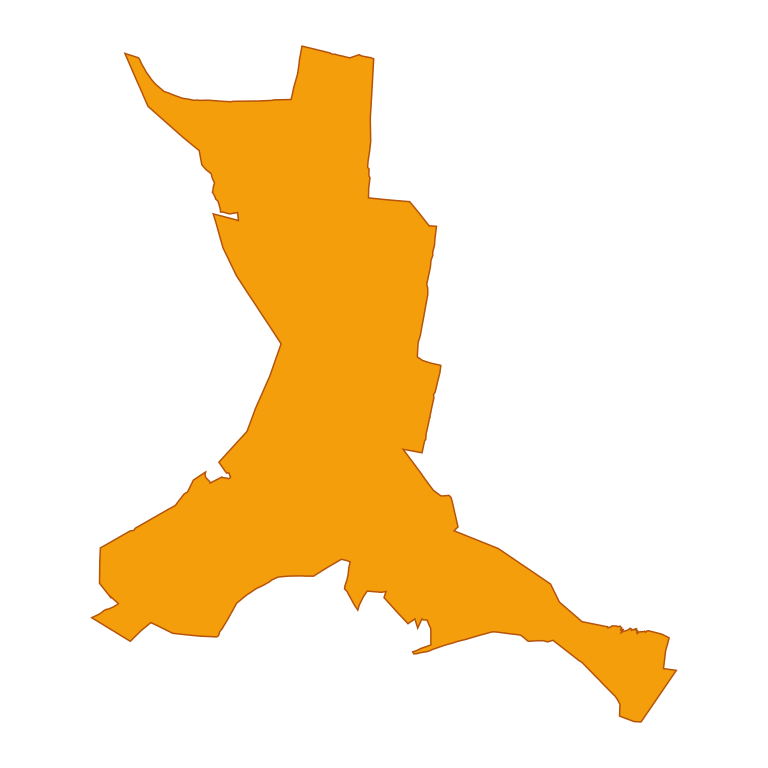 Pantepec, Chiapas, Mexico (orthographic projection)
{"feature_id": "50627088B73304631692388", "entity_name": "Pantepec", "entity_type": "district", "adm_level": 2, "iso_a3": "MEX", "parent_name": "Mexico", "parent_adm1": "Chiapas", "projection": "orthographic", "projection_center": [-93.053, 17.195], "detail": "fine", "context": "isolated", "style": "filled", "palette": "amber", "viewbox_px": 768, "rotation_deg": 0, "n_neighbors": 0, "source": "geoboundaries", "source_scale": "gbopen_adm2", "svg_char_len": 5709}
<svg xmlns="http://www.w3.org/2000/svg" viewBox="0 0 768 768"><path d="M100.4,547.9L99.8,561.2L99.5,583.3L110.4,597.1L110.4,596.5L118.4,603.6L117.3,604.6L116.5,605.1L116.0,605.3L113.4,606.9L112.8,607.2L109.2,608.7L108.5,609.0L107.6,609.2L106.6,609.3L104.4,610.3L99.7,613.9L91.7,617.7L113.3,630.9L130.3,641.3L141.1,630.6L146.4,626.3L150.0,623.3L150.8,622.6L158.3,626.1L172.7,633.3L186.5,634.8L199.3,636.1L216.6,636.9L217.3,636.6L218.5,635.7L219.7,631.7L222.0,628.9L225.3,623.4L227.1,620.5L230.9,613.7L231.0,613.4L232.1,611.5L232.9,610.1L234.4,607.3L236.7,603.2L246.6,595.0L250.4,592.6L251.1,592.1L254.0,590.1L257.1,588.1L260.7,586.6L262.2,585.8L264.1,584.9L267.3,583.0L268.9,582.2L271.9,579.9L277.7,577.2L277.8,577.2L279.7,576.9L286.1,576.3L289.5,576.1L294.6,576.0L302.2,575.9L305.0,576.1L309.9,576.1L313.5,576.2L323.5,569.8L326.1,568.3L327.8,567.2L329.2,566.4L341.2,559.4L341.3,559.3L341.5,559.3L347.3,560.7L348.2,561.1L349.2,561.5L350.2,561.8L348.9,567.4L348.7,569.0L348.1,574.7L346.6,581.3L346.0,582.5L344.8,586.3L345.0,586.7L344.5,588.9L346.9,591.2L349.5,596.1L354.6,605.4L357.8,610.1L359.2,605.2L363.2,597.1L367.2,591.1L381.4,592.3L386.0,591.5L384.0,597.6L397.0,612.0L408.0,623.7L414.9,618.9L417.7,628.1L421.9,618.9L423.2,619.9L427.1,620.1L429.5,626.0L430.6,627.9L430.9,631.7L430.8,636.5L430.9,644.9L426.5,646.5L423.4,647.6L421.4,648.2L416.5,650.6L412.7,651.9L413.8,653.9L417.3,653.6L420.5,652.7L424.0,652.1L427.6,651.5L430.7,650.4L430.8,650.2L433.5,649.1L439.3,647.1L444.5,645.3L454.1,642.6L457.2,641.5L465.8,639.4L479.9,635.2L484.9,633.9L491.9,631.9L495.4,631.9L503.3,632.9L512.4,634.1L513.6,634.2L516.7,634.6L518.4,634.8L520.6,635.1L523.4,637.2L527.3,640.6L528.1,641.2L528.9,641.2L530.9,641.2L533.8,640.9L535.4,640.8L536.9,640.8L537.4,640.7L537.7,640.7L543.4,640.7L547.6,641.9L549.5,641.3L553.0,640.3L579.3,660.8L581.6,662.0L596.7,677.5L598.2,678.9L602.7,683.7L612.1,693.2L615.3,696.4L617.6,699.8L620.0,704.5L619.5,716.1L634.2,721.6L641.1,721.9L676.3,670.4L663.5,668.6L665.6,651.0L668.0,642.2L669.1,637.9L668.6,637.6L663.2,634.8L661.3,634.0L648.3,630.7L646.7,631.1L645.7,632.2L644.6,631.2L644.1,631.7L643.2,631.6L640.4,631.8L640.0,631.9L638.2,632.0L638.1,632.9L637.5,633.1L637.2,633.5L636.8,632.7L637.2,632.3L637.4,631.4L637.0,631.6L636.8,630.1L635.7,630.0L636.5,629.0L636.5,628.7L635.6,628.8L635.2,629.0L631.6,630.3L631.6,629.2L630.6,628.4L629.5,628.5L629.3,629.3L627.5,630.2L623.2,631.5L621.2,632.6L621.5,631.9L622.5,630.7L623.2,629.4L622.9,629.3L620.9,630.3L620.6,630.2L620.7,629.9L620.8,629.2L621.7,627.9L619.9,626.1L619.5,626.3L618.1,626.6L617.7,626.8L617.0,626.1L613.2,625.9L611.9,626.0L611.6,626.1L610.7,627.1L610.1,627.2L607.9,627.9L607.6,626.6L606.5,626.6L582.1,621.7L559.4,602.1L550.5,584.0L498.2,548.5L454.0,530.8L458.0,526.9L454.0,509.4L452.2,501.5L451.0,497.4L449.0,495.4L442.0,496.0L440.9,495.7L440.6,495.7L433.3,490.3L426.6,481.2L422.4,475.5L422.2,474.9L412.9,462.4L410.2,458.8L403.1,449.3L410.4,450.6L422.0,452.8L422.9,449.0L423.6,445.6L424.3,442.3L424.5,441.6L424.6,440.8L425.3,439.8L425.7,439.7L426.1,433.9L428.6,422.9L429.6,417.6L430.0,417.5L430.1,417.0L430.1,415.5L431.0,411.3L431.7,407.7L432.4,404.7L432.6,403.7L433.9,397.8L433.5,394.7L435.2,392.0L435.9,389.1L436.6,386.3L437.4,382.6L439.9,372.7L440.3,369.5L440.4,369.4L440.8,365.4L438.6,364.8L438.1,364.8L433.4,363.7L430.5,363.0L422.6,360.5L417.3,356.9L418.1,342.7L419.3,338.9L420.3,335.6L422.6,322.8L422.7,322.5L424.1,314.8L424.8,311.1L424.8,310.9L426.9,299.4L427.4,296.6L427.8,294.2L427.7,287.8L426.7,284.4L430.4,267.1L431.0,260.3L432.8,255.4L432.7,252.3L434.5,245.1L435.0,238.2L436.5,226.3L429.1,225.8L419.3,213.3L409.7,201.7L387.3,199.8L368.5,197.9L368.7,188.1L370.0,177.6L369.0,176.1L368.9,173.6L369.1,169.1L367.7,167.4L367.7,165.9L368.1,161.0L369.6,151.3L370.7,141.3L370.3,118.2L371.8,92.8L373.7,58.8L372.7,58.4L370.5,57.6L368.4,57.3L361.8,56.0L359.2,54.7L349.7,57.9L341.6,55.9L338.1,55.2L335.0,54.2L332.6,54.3L331.8,54.0L330.5,53.2L328.9,52.7L302.0,46.1L299.4,59.9L299.1,63.6L298.5,67.7L297.7,73.5L293.7,87.6L292.4,94.1L291.4,97.8L291.2,99.5L273.8,99.9L271.8,100.4L258.3,101.0L248.0,101.1L241.3,101.2L233.2,101.3L230.2,101.8L228.0,101.6L218.1,101.0L216.8,100.8L208.1,100.2L199.3,100.4L198.0,100.1L197.9,100.1L192.9,100.2L190.9,99.6L182.2,98.2L172.7,94.7L167.8,92.7L164.3,91.6L164.2,91.6L155.3,84.0L151.2,79.2L149.5,76.6L146.0,71.8L145.9,71.7L145.4,70.4L142.3,65.2L141.3,63.1L141.2,63.0L139.1,58.4L137.9,57.6L124.9,53.4L130.2,65.6L136.4,79.9L141.2,90.7L143.9,97.0L148.0,106.3L153.0,110.8L161.8,118.6L175.6,130.8L183.3,137.6L192.9,145.5L199.2,150.6L201.8,164.8L205.7,169.3L211.2,173.8L212.4,178.5L214.5,182.8L213.2,187.5L213.0,190.1L212.4,192.2L213.8,194.4L214.9,196.8L215.8,199.2L217.9,201.1L218.8,203.8L220.2,208.9L220.6,212.1L222.8,212.0L224.3,212.5L226.0,212.9L227.7,213.4L228.9,213.8L229.9,213.8L231.1,213.7L232.5,213.4L234.3,213.2L237.5,212.5L238.5,220.5L237.8,220.7L237.1,220.1L231.0,218.5L226.4,217.3L213.2,213.9L216.1,223.2L218.8,233.0L223.0,247.9L226.2,254.4L230.7,263.8L236.6,276.0L240.5,281.9L244.3,287.8L248.4,294.1L252.1,299.6L256.0,305.5L259.8,311.4L263.7,317.3L267.5,323.0L271.6,329.2L275.3,334.9L281.1,343.8L278.6,351.0L274.8,361.7L269.8,376.1L265.4,386.0L262.5,392.6L258.1,402.5L255.2,409.1L255.2,409.4L253.6,413.6L251.1,420.4L247.0,431.4L235.6,443.9L218.9,462.2L225.7,472.0L226.6,473.1L228.8,472.8L230.1,476.3L230.4,476.5L230.5,477.5L229.0,478.6L228.3,478.7L227.4,478.2L223.1,477.7L221.9,477.0L210.1,483.1L209.8,481.7L205.9,477.7L205.5,476.7L205.1,474.4L205.6,472.0L193.4,480.1L187.4,492.2L185.9,492.8L183.8,494.3L181.0,498.1L179.4,500.0L175.3,505.5L168.7,509.1L160.6,513.7L152.4,518.4L135.3,528.2L133.9,530.4L130.0,531.0L119.0,537.3L100.4,547.9Z" fill="#f59e0b" stroke="#b45309" stroke-width="1.5"/></svg>